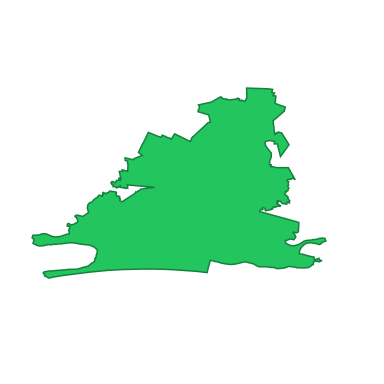 outline of Tecuala, Nayarit, Mexico, rotated 285°
{"feature_id": "50627088B70110967390572", "entity_name": "Tecuala", "entity_type": "district", "adm_level": 2, "iso_a3": "MEX", "parent_name": "Mexico", "parent_adm1": "Nayarit", "projection": "equal_earth", "projection_center": [-105.534, 22.348], "detail": "fine", "context": "isolated", "style": "filled", "palette": "green", "viewbox_px": 384, "rotation_deg": 285, "n_neighbors": 0, "source": "geoboundaries", "source_scale": "gbopen_adm2", "svg_char_len": 6006}
<svg xmlns="http://www.w3.org/2000/svg" viewBox="0 0 384 384"><g transform="rotate(285 192 192)"><path d="M108.9,49.3L107.8,49.5L106.4,49.4L105.9,50.1L105.9,50.8L105.2,51.6L104.4,51.6L103.0,51.9L102.0,51.6L101.2,51.7L100.3,55.8L100.3,58.0L100.9,60.4L101.9,62.9L103.8,66.4L104.4,68.4L104.4,69.4L105.7,72.0L106.3,74.4L107.5,76.8L107.9,78.7L111.3,86.9L112.2,90.6L112.4,92.9L112.6,94.2L112.7,97.4L114.2,106.9L113.5,111.7L112.4,113.9L111.4,115.5L108.7,116.1L107.3,115.8L104.0,116.1L102.8,115.4L102.1,115.4L101.1,115.8L99.9,115.7L98.2,114.7L97.7,113.9L96.6,113.0L93.8,111.1L92.4,109.0L90.8,105.9L89.0,103.4L88.9,102.7L88.5,102.0L88.0,101.5L87.7,100.9L85.5,93.4L84.9,92.3L84.8,92.1L85.0,91.9L84.4,90.4L83.6,89.3L83.7,88.8L83.0,86.5L82.9,86.0L82.4,85.7L81.6,82.3L81.0,81.3L80.6,79.6L79.7,78.1L79.7,77.5L79.2,76.5L79.2,76.1L78.6,74.2L76.7,70.1L76.3,69.7L75.4,69.2L74.8,69.6L73.9,71.1L72.8,71.2L72.6,72.9L71.9,75.4L71.9,76.0L72.4,77.5L73.2,78.5L78.2,89.5L88.2,114.1L94.6,131.2L99.0,144.6L105.4,166.4L107.2,173.1L110.2,185.6L111.9,193.1L114.4,205.9L116.4,216.2L118.1,227.5L122.9,227.3L130.8,227.4L130.9,229.0L130.8,230.2L130.9,231.3L130.7,232.3L131.1,234.2L130.9,239.3L131.5,245.3L132.2,248.9L133.9,253.2L138.3,261.0L138.5,269.4L138.4,270.4L137.3,274.3L137.2,276.5L138.9,282.7L139.8,289.2L140.4,290.8L139.9,292.9L140.4,295.5L142.7,301.3L145.2,304.7L146.1,311.2L146.0,313.7L146.8,315.7L147.1,317.7L148.0,321.1L149.1,323.8L150.4,325.4L152.7,326.8L153.2,328.0L155.0,327.5L155.6,327.7L156.4,328.4L157.1,328.2L157.3,328.5L157.4,332.8L158.3,333.8L158.5,334.5L159.3,334.7L159.1,333.4L160.8,331.8L159.7,330.2L159.4,330.0L158.4,327.7L160.8,326.6L160.5,325.5L160.4,319.0L160.6,315.7L160.1,311.6L163.4,311.2L166.8,311.9L169.8,313.6L172.4,316.3L173.1,317.9L173.2,318.9L173.8,319.6L173.9,323.1L174.3,323.8L174.2,328.6L175.2,330.0L176.0,330.1L177.7,331.7L179.3,334.0L181.6,332.5L181.4,330.5L180.3,327.4L178.0,323.5L177.4,321.1L176.7,320.2L174.8,315.0L173.0,312.2L172.0,311.8L168.8,308.4L166.4,304.4L165.8,301.1L166.7,295.8L169.5,294.7L169.6,295.8L172.1,299.1L172.3,302.9L175.6,303.9L177.3,302.4L178.7,300.2L179.6,300.3L179.5,303.1L180.4,304.6L181.3,305.0L190.2,303.1L190.4,295.7L190.6,262.7L192.7,262.4L193.0,264.4L193.4,264.8L193.8,264.2L195.2,264.4L195.1,266.9L193.2,267.4L193.0,268.2L195.5,272.9L196.0,272.8L196.2,273.0L196.1,273.8L196.4,274.2L196.7,274.4L198.1,274.2L198.7,274.8L198.9,276.4L199.2,276.9L199.4,277.2L200.4,277.8L200.6,279.6L201.0,280.8L201.7,281.0L202.9,276.8L203.9,277.2L204.1,277.8L204.7,277.8L204.7,277.2L205.1,276.7L205.7,276.8L205.8,280.0L204.3,282.1L204.7,286.6L206.9,286.6L206.6,288.8L207.7,288.3L208.1,288.7L208.8,288.7L208.9,288.1L209.3,288.1L210.5,286.3L211.3,286.0L211.6,286.3L211.9,286.1L212.4,285.1L212.9,284.7L213.5,282.5L214.6,282.0L215.8,282.9L216.2,282.9L216.9,282.2L217.1,282.4L217.0,283.2L218.2,284.4L219.6,284.1L220.8,284.6L222.2,283.0L223.9,283.5L224.1,283.1L224.8,282.8L227.0,282.7L227.4,281.8L227.2,281.0L228.2,280.8L229.0,281.3L229.3,282.0L229.5,283.4L230.2,284.7L230.8,285.2L231.3,285.4L231.4,285.7L231.2,287.1L230.5,288.6L240.5,278.7L237.5,267.9L237.3,263.6L236.9,261.5L238.4,261.9L238.8,261.5L238.4,259.6L239.5,259.6L243.0,259.0L243.9,259.4L244.6,259.3L246.3,259.5L250.1,258.6L252.8,254.8L255.9,251.0L257.7,250.2L258.9,249.4L260.0,250.2L261.9,253.7L262.1,258.6L259.7,259.0L260.6,261.9L249.1,268.3L262.8,273.5L272.3,263.3L272.1,261.7L272.3,261.1L272.2,260.8L272.3,259.9L272.0,259.5L271.2,259.2L271.1,258.7L270.8,258.6L270.9,258.2L269.7,258.0L269.0,257.0L281.8,251.9L293.9,260.2L298.2,260.1L299.0,249.4L306.4,248.2L306.1,245.4L309.0,246.1L308.6,243.4L311.8,243.2L312.1,244.0L311.2,238.0L306.5,217.8L297.2,220.6L293.1,219.5L293.6,216.3L293.0,216.1L292.8,213.8L294.2,213.9L294.5,211.8L293.8,211.6L292.9,209.8L292.5,209.7L292.5,208.7L291.4,206.5L290.5,204.1L290.6,202.9L290.3,201.4L290.7,201.4L290.2,198.4L290.1,197.0L291.0,196.6L290.9,195.9L291.4,195.0L283.9,187.5L277.8,175.7L276.7,176.7L275.4,177.4L272.5,176.8L271.1,177.1L270.8,188.2L264.0,191.8L263.4,189.8L247.1,179.6L245.7,178.7L245.5,178.4L244.8,178.2L244.4,177.8L240.3,177.4L243.7,160.1L239.1,158.8L238.6,158.4L237.8,158.2L238.2,156.4L238.3,153.2L238.7,152.7L239.2,148.5L236.8,148.1L237.0,146.7L236.9,145.2L238.3,134.4L228.7,132.6L223.9,131.4L216.3,130.1L214.5,134.5L209.8,128.1L208.6,126.9L207.9,126.8L207.7,118.5L205.2,119.3L205.2,121.7L202.5,122.5L202.5,122.9L195.5,124.5L195.3,118.9L194.1,119.7L193.0,116.4L186.9,119.7L186.6,117.9L185.4,118.1L185.3,118.8L185.6,118.8L185.7,119.8L184.5,119.7L184.3,117.7L183.7,116.1L181.0,115.5L181.6,112.9L181.5,112.0L179.8,111.4L179.7,112.2L178.5,112.6L178.4,113.1L178.4,114.3L176.8,114.3L177.0,114.8L177.3,117.1L177.0,117.2L176.4,118.1L177.0,118.7L177.4,119.5L178.2,119.9L179.3,121.1L178.0,121.3L178.2,124.3L178.7,124.7L178.2,125.6L178.3,126.4L178.5,127.7L179.2,127.7L179.1,128.9L179.9,128.5L180.7,128.3L180.8,128.4L182.1,127.8L186.9,154.8L184.3,148.1L181.4,141.6L180.4,141.3L179.4,140.5L179.4,140.0L177.4,138.4L177.6,137.7L175.8,137.2L164.4,126.9L165.0,124.4L166.8,124.6L166.9,123.5L168.8,123.4L169.1,122.1L168.3,120.3L169.4,119.8L170.3,118.9L171.3,119.4L172.0,119.2L172.3,118.8L171.7,112.5L171.3,112.0L170.2,111.7L169.7,110.8L168.6,110.1L168.8,108.5L168.7,108.8L168.0,108.8L168.6,106.5L168.0,106.5L167.9,106.0L167.7,106.1L167.4,106.8L166.3,106.6L166.3,106.3L165.4,106.3L165.3,106.7L164.7,106.7L164.7,105.7L164.9,105.6L164.9,103.1L161.6,101.4L160.7,100.3L159.5,99.4L156.1,97.7L156.0,97.4L155.2,95.9L152.8,94.8L152.1,94.7L151.8,94.9L149.4,95.0L145.4,97.4L140.2,92.9L140.0,89.4L140.1,87.2L139.2,86.6L139.4,85.8L139.3,85.5L138.1,85.3L137.3,87.0L134.7,89.2L134.4,89.3L133.7,89.0L132.7,88.9L131.7,87.5L130.3,86.3L129.5,84.7L129.1,83.8L129.1,83.0L129.7,81.0L129.4,80.4L128.9,80.1L127.7,80.0L126.7,80.4L126.6,81.2L127.3,82.0L127.4,82.3L127.2,83.1L126.7,83.4L124.2,82.8L123.1,82.8L120.7,84.1L119.7,84.3L119.0,82.3L116.3,78.2L115.5,77.2L114.6,75.5L113.1,71.5L112.9,68.5L113.8,62.1L113.6,60.2L113.1,58.7L112.4,57.4L111.0,55.7L108.9,49.3Z" fill="#22c55e" stroke="#15803d" stroke-width="1.5"/></g></svg>